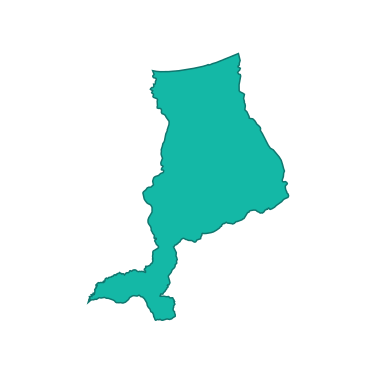 Barique/Natarbora, Manatuto, East Timor (Mercator projection), rotated 206°
{"feature_id": "22284137B73743119127991", "entity_name": "Barique/Natarbora", "entity_type": "district", "adm_level": 2, "iso_a3": "TLS", "parent_name": "East Timor", "parent_adm1": "Manatuto", "projection": "mercator", "projection_center": [126.054, -8.876], "detail": "fine", "context": "isolated", "style": "filled", "palette": "teal", "viewbox_px": 384, "rotation_deg": 206, "n_neighbors": 0, "source": "geoboundaries", "source_scale": "gbopen_adm2", "svg_char_len": 5984}
<svg xmlns="http://www.w3.org/2000/svg" viewBox="0 0 384 384"><g transform="rotate(206 192 192)"><path d="M248.0,247.9L243.5,245.4L242.3,242.7L241.5,236.9L241.1,236.3L241.0,232.7L239.2,226.1L239.1,224.4L239.4,222.8L238.7,220.0L238.2,216.5L237.4,215.3L236.5,212.8L236.0,212.0L233.3,209.4L232.9,205.0L232.3,203.6L231.3,202.6L230.1,202.7L229.3,202.4L229.6,199.8L229.4,198.8L229.1,198.5L227.7,199.0L226.9,198.9L226.4,197.6L226.5,196.8L228.3,194.9L229.3,192.2L231.7,189.9L232.4,188.7L232.6,187.7L232.1,184.5L229.8,181.6L231.0,178.5L231.9,177.8L232.8,177.5L234.0,176.1L234.4,173.8L235.7,170.9L235.7,169.6L231.9,164.8L230.4,163.8L227.8,162.5L225.9,162.2L224.6,162.4L223.0,162.0L221.1,160.6L219.1,156.4L219.6,149.9L219.3,147.6L218.3,145.6L217.2,144.5L214.2,142.8L213.0,141.7L211.8,139.6L210.2,138.6L209.4,137.8L207.1,136.7L206.7,136.2L206.0,134.1L205.4,133.8L204.4,134.7L203.7,134.6L203.4,133.7L204.1,133.0L204.1,131.7L202.6,130.7L200.9,129.2L199.2,128.9L197.9,127.9L198.0,126.5L200.9,122.1L201.0,121.5L200.5,119.9L199.8,119.2L199.8,118.4L199.2,116.7L198.4,115.7L198.2,114.8L197.8,114.8L197.7,114.6L197.8,114.0L197.0,113.1L196.7,112.0L196.9,111.2L196.7,110.4L197.5,109.3L197.7,107.6L199.4,105.7L201.0,105.0L201.0,104.7L200.4,104.2L200.6,103.8L200.4,103.3L201.0,101.9L200.7,101.1L199.3,100.8L199.1,100.1L198.6,99.8L198.8,99.2L200.9,99.2L201.3,98.9L202.4,98.7L203.1,98.0L204.2,97.8L205.4,96.8L207.0,96.8L208.2,97.2L209.3,97.0L209.7,96.5L210.6,96.2L211.6,94.3L212.8,94.3L213.3,94.0L213.4,92.5L213.7,91.8L214.0,91.4L215.2,90.9L216.0,89.7L216.3,87.9L217.9,88.4L218.7,87.9L219.0,87.9L219.3,87.5L220.4,87.8L220.8,87.5L221.7,87.9L221.9,87.3L223.6,85.5L223.5,84.6L224.0,83.9L224.7,84.1L225.6,83.3L226.1,82.2L226.1,81.6L227.2,80.8L227.2,80.4L228.6,79.2L229.4,78.7L229.8,77.4L230.1,77.1L231.1,77.2L231.4,76.9L231.9,75.5L231.3,74.1L232.4,73.0L232.3,72.7L231.6,72.6L231.8,72.3L231.8,71.9L232.8,71.7L233.0,71.2L234.4,70.7L235.5,69.7L236.4,69.5L237.1,68.1L237.1,67.3L237.6,66.5L237.5,66.2L236.5,66.7L236.2,66.4L236.6,64.7L236.2,64.8L236.1,64.0L236.4,62.5L236.7,62.1L236.5,61.2L236.0,60.9L235.8,60.4L234.9,57.2L235.1,57.1L236.0,57.5L235.5,56.4L235.8,56.2L236.0,56.6L236.6,56.6L236.6,56.1L237.6,55.5L237.3,55.2L236.5,54.8L236.2,54.2L237.0,54.0L238.4,53.0L238.3,52.8L237.8,52.8L237.5,52.6L237.5,50.5L236.5,50.9L236.4,50.0L236.6,49.8L237.3,49.9L236.9,47.2L236.1,49.0L235.8,50.1L235.4,50.6L234.1,51.6L233.1,52.0L232.3,53.0L230.7,53.7L229.2,56.3L227.2,56.9L224.5,58.9L222.4,59.0L220.5,59.8L216.1,60.3L214.1,60.3L212.4,59.5L211.3,59.5L208.6,60.7L208.2,61.1L205.4,61.9L203.7,63.6L203.2,64.5L201.9,67.6L201.8,69.8L199.9,72.6L198.8,73.4L195.7,74.4L194.6,75.8L194.0,76.1L192.1,75.5L190.2,76.0L189.6,75.6L188.2,75.3L184.1,72.6L182.3,70.3L180.5,69.1L178.4,68.3L176.5,66.4L174.6,66.3L172.9,64.9L171.7,63.1L170.9,62.7L169.3,61.1L168.6,60.8L168.2,61.0L167.3,62.2L165.6,62.7L165.0,63.6L163.5,63.4L162.1,63.9L158.9,66.9L156.1,67.7L155.5,68.5L154.7,69.0L154.0,70.8L152.6,72.8L153.1,74.1L154.9,76.0L155.2,76.7L156.7,77.2L157.5,78.1L158.0,79.5L158.0,80.6L158.6,81.5L158.2,83.7L159.6,84.8L159.6,85.9L160.3,86.0L160.6,86.9L161.5,87.2L162.9,88.4L163.4,88.3L164.7,87.5L165.6,87.2L167.2,87.8L169.2,86.6L171.4,86.1L174.6,84.4L175.0,84.3L175.2,84.5L175.0,85.7L175.4,86.3L175.2,86.8L173.5,87.4L173.5,89.0L172.7,91.0L172.7,92.0L172.3,94.0L172.5,94.8L171.9,96.0L172.1,96.6L173.2,97.3L173.1,97.9L172.1,98.3L172.0,100.7L173.4,102.5L176.0,105.3L176.5,106.2L175.5,110.5L175.7,113.4L174.6,116.3L174.6,117.6L175.2,119.3L174.5,121.3L175.8,123.3L175.6,124.7L177.1,126.5L178.3,127.4L179.5,130.6L184.5,134.5L184.1,135.6L184.1,136.7L183.0,137.8L182.8,138.6L182.3,139.0L182.0,140.4L181.0,142.2L181.1,143.2L180.7,145.0L179.7,146.5L178.6,146.8L176.9,146.6L175.5,147.0L174.2,146.9L170.8,148.3L168.0,148.0L167.1,148.5L166.8,148.9L166.5,151.1L163.8,153.8L164.4,155.8L164.2,157.1L164.7,159.1L164.5,159.4L163.0,159.9L161.0,161.0L157.1,163.8L155.2,165.6L153.3,168.4L151.5,171.7L151.2,173.4L150.5,174.2L150.8,175.2L150.2,176.9L149.9,177.5L149.0,177.9L148.0,179.8L146.7,179.6L142.4,181.0L141.4,181.1L140.3,182.3L139.4,184.6L138.5,185.2L134.9,188.9L134.6,190.0L133.9,190.5L133.6,191.3L133.0,197.9L132.0,198.7L132.0,199.9L131.4,200.8L128.5,202.9L126.6,203.6L124.6,203.1L123.5,203.3L121.6,203.0L120.8,203.3L120.1,204.0L119.5,204.0L118.7,205.5L118.3,208.0L117.6,208.6L117.5,209.2L116.5,209.6L116.3,211.0L115.8,211.2L114.3,210.6L114.0,210.7L112.7,212.1L111.1,214.6L110.3,216.9L107.2,222.6L106.7,224.6L106.0,226.2L103.4,229.2L103.4,230.5L103.7,231.2L104.8,232.3L106.4,232.9L107.2,234.0L108.2,234.6L109.3,235.8L110.4,237.5L110.7,238.8L110.0,240.5L110.1,241.5L111.1,242.1L112.6,242.3L114.4,241.1L115.3,241.2L115.7,241.6L116.2,242.5L116.6,245.8L117.9,249.2L118.1,251.4L119.7,252.9L122.6,256.3L125.7,259.6L129.0,261.7L137.4,265.5L140.8,265.7L144.0,267.5L154.5,275.4L156.8,276.8L157.6,277.5L158.2,279.1L158.9,279.9L161.3,280.9L163.3,281.3L166.3,283.3L168.8,284.3L169.9,284.3L171.5,283.7L172.9,283.5L173.8,284.9L176.5,287.1L177.7,288.1L180.6,289.1L181.8,292.8L183.0,294.4L184.3,295.4L184.7,296.5L186.6,298.6L187.7,302.8L189.5,303.1L192.7,303.1L194.0,303.7L196.7,309.0L199.1,317.6L200.1,318.7L201.9,318.5L203.4,319.5L203.1,321.1L202.6,322.3L202.8,324.4L205.5,324.6L205.8,325.4L205.2,326.3L205.4,327.4L205.9,328.3L206.4,331.3L211.0,336.8L227.0,318.9L230.1,316.1L230.8,315.1L232.5,313.5L233.3,313.6L234.6,312.1L237.5,309.5L244.8,303.8L257.0,295.2L265.9,289.9L273.3,286.2L276.9,284.8L280.6,283.8L277.6,281.1L278.1,279.3L277.8,278.5L276.7,277.9L274.8,278.3L274.2,278.3L273.6,277.9L273.3,276.8L273.4,275.5L272.5,273.4L272.7,272.5L273.8,272.1L272.6,270.3L272.6,269.7L273.1,268.6L273.9,268.3L274.5,266.7L274.4,266.0L271.7,265.8L271.8,263.6L271.1,263.3L269.5,263.1L269.1,262.2L269.1,261.0L268.8,260.5L268.1,260.2L264.6,260.5L263.5,260.0L263.2,259.2L263.2,258.5L260.7,254.1L260.7,253.3L260.1,252.3L258.9,252.4L257.5,253.1L256.6,253.2L255.3,252.3L254.4,250.1L253.7,249.6L253.2,249.3L251.5,249.5L249.7,249.2L248.0,247.9Z" fill="#14b8a6" stroke="#0f766e" stroke-width="1.5"/></g></svg>